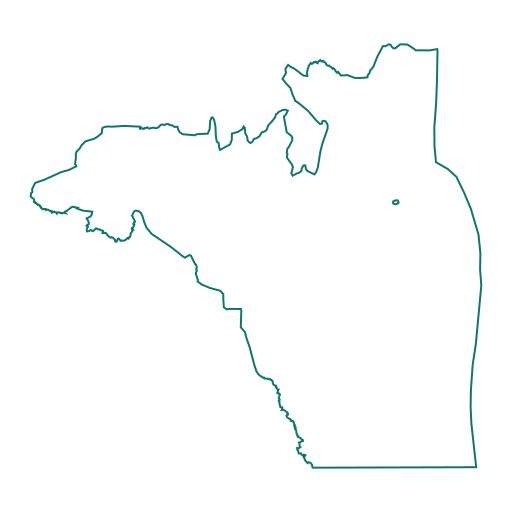 the district of Fizi, Sud-Kivu, Democratic Republic of the Congo
{"feature_id": "63176286B21708239892428", "entity_name": "Fizi", "entity_type": "district", "adm_level": 2, "iso_a3": "COD", "parent_name": "Democratic Republic of the Congo", "parent_adm1": "Sud-Kivu", "projection": "albers", "projection_center": [28.45, -4.276], "detail": "fine", "context": "isolated", "style": "outline", "palette": "teal", "viewbox_px": 512, "rotation_deg": 0, "n_neighbors": 0, "source": "geoboundaries", "source_scale": "gbopen_adm2", "svg_char_len": 5966}
<svg xmlns="http://www.w3.org/2000/svg" viewBox="0 0 512 512"><path d="M437.2,49.1L429.5,50.4L415.6,50.3L414.1,48.9L407.4,44.5L400.3,44.3L395.4,48.2L393.5,48.4L391.9,46.9L390.8,45.1L389.6,44.4L388.2,44.6L385.5,46.2L382.9,46.1L377.3,56.7L373.4,66.7L369.9,70.9L369.6,73.0L367.8,75.1L367.5,77.3L364.4,77.7L357.5,78.1L354.1,77.7L347.4,75.1L341.0,75.5L338.1,71.9L337.2,72.8L335.4,71.0L335.3,70.2L333.9,68.5L333.3,68.2L332.5,68.8L331.6,67.3L329.8,66.5L329.3,65.7L327.9,65.7L326.3,64.7L325.7,62.8L323.5,61.8L323.4,60.9L322.7,60.8L321.7,61.4L320.7,60.5L320.3,60.7L320.1,60.2L318.0,61.9L317.6,63.2L316.9,62.9L316.4,62.2L315.2,62.3L315.3,61.8L314.0,62.0L312.0,63.9L310.8,63.0L308.9,65.7L307.7,69.2L307.0,72.3L307.3,76.0L303.7,75.6L302.4,74.9L297.7,71.1L293.8,68.4L290.6,66.8L288.1,64.9L285.3,69.1L286.1,72.9L282.5,78.9L286.0,83.4L290.4,87.9L292.4,94.1L295.3,101.0L298.3,102.8L308.3,111.1L316.0,120.2L319.9,124.0L321.9,123.6L322.4,121.2L324.6,120.8L325.8,121.7L327.6,124.7L327.6,128.6L322.4,143.6L320.4,151.4L317.8,167.6L316.0,172.4L314.4,174.4L307.2,170.9L305.9,168.9L305.3,165.4L303.6,165.4L301.7,168.4L301.4,171.0L299.6,172.5L296.5,173.6L292.7,175.7L291.2,173.1L292.0,171.3L292.9,167.0L292.1,164.8L287.1,157.9L286.9,156.2L287.5,154.2L286.7,152.8L287.3,148.8L288.8,147.1L292.2,140.4L292.3,137.5L291.0,135.6L286.7,132.2L283.9,116.7L286.0,114.4L287.8,110.7L285.3,109.7L282.8,110.0L278.7,111.9L277.4,113.5L275.9,114.3L275.3,116.9L273.0,120.2L268.2,125.4L266.7,129.8L265.1,131.2L261.6,132.5L259.6,136.2L256.8,138.0L253.9,139.1L252.2,142.0L250.5,143.0L249.2,142.3L247.6,140.4L247.1,136.6L245.4,133.8L244.7,127.6L243.6,126.5L242.7,128.9L238.0,131.9L231.9,133.6L231.8,139.8L230.1,144.4L220.1,149.9L219.3,148.1L218.6,142.9L216.8,141.7L215.9,136.6L215.4,126.0L214.0,119.6L212.6,117.4L211.6,117.6L210.1,121.2L209.7,129.1L207.7,133.7L197.7,134.1L195.6,134.7L195.1,135.3L182.6,134.2L179.6,132.2L178.3,129.8L177.5,126.8L174.4,126.9L172.2,125.3L170.1,125.2L168.0,124.0L166.0,124.2L164.7,125.0L162.8,124.5L160.8,124.8L158.6,127.1L156.8,128.1L155.3,128.2L153.2,127.6L149.2,128.6L147.0,127.3L145.9,128.1L144.9,128.0L144.0,128.7L143.2,128.5L143.2,128.8L141.1,127.9L140.8,128.6L140.2,128.9L139.8,128.3L140.3,126.7L124.4,125.9L112.3,126.7L107.4,126.5L104.0,127.1L102.3,128.2L101.7,133.3L97.5,136.7L94.1,138.8L85.5,141.3L81.4,145.4L79.8,148.3L76.3,152.1L75.7,154.7L76.0,157.1L75.1,163.9L76.3,166.3L69.1,169.9L61.2,172.1L44.4,179.7L35.2,182.9L32.1,189.1L32.4,192.1L31.0,193.3L30.7,196.7L34.0,199.2L34.1,201.9L34.4,201.9L34.2,202.3L35.4,203.0L36.2,202.9L36.3,203.6L37.9,204.4L37.5,204.5L37.6,204.8L38.9,204.9L39.9,205.7L39.9,206.4L41.2,207.1L41.1,208.0L41.7,208.6L42.6,208.8L43.1,209.4L43.8,209.0L45.7,209.0L46.0,210.0L46.8,209.6L48.3,209.8L49.5,210.8L50.9,210.8L51.7,212.6L52.7,211.6L53.0,212.1L54.2,211.7L54.5,212.2L56.4,212.3L57.0,213.5L57.5,212.5L58.5,212.3L60.0,212.6L60.3,213.1L60.8,212.9L61.5,213.2L61.9,212.9L62.8,213.3L63.6,212.7L65.2,213.1L64.8,212.7L65.0,211.6L65.6,211.4L65.6,211.7L72.3,206.7L77.7,207.8L77.0,208.5L82.8,210.6L92.3,211.7L91.5,215.0L90.4,216.6L86.6,218.4L88.3,221.1L88.9,223.4L88.7,224.3L87.0,225.1L86.5,225.7L88.0,226.8L87.0,228.3L86.7,229.6L87.0,231.4L88.9,231.1L90.8,229.9L92.6,231.2L93.1,231.2L96.0,228.4L96.6,228.4L97.7,229.4L99.4,229.3L100.8,230.3L102.1,230.4L103.2,231.0L102.5,233.0L105.7,232.9L107.3,234.7L107.5,235.4L108.8,236.5L110.6,237.7L111.8,237.2L112.6,237.5L114.9,239.6L115.2,241.5L115.8,241.8L116.8,241.5L117.7,239.0L118.2,238.5L119.1,238.8L120.2,240.4L121.0,240.9L121.4,240.5L123.8,240.7L125.3,240.1L127.3,238.1L128.0,237.8L127.9,238.2L128.4,238.5L128.5,237.9L129.6,237.5L130.5,235.5L130.7,233.2L132.3,231.4L132.1,229.9L133.1,229.8L132.7,228.9L131.9,228.5L132.3,227.7L132.8,227.7L133.4,227.1L134.2,225.0L134.3,224.6L133.5,224.6L133.3,223.8L133.9,222.5L135.1,221.7L132.1,215.6L133.9,211.8L135.3,210.7L136.6,210.7L138.8,211.3L140.8,212.8L142.3,215.7L144.3,222.3L146.5,227.7L151.6,233.9L170.3,246.5L182.5,256.1L184.9,257.7L189.2,255.1L190.8,255.5L195.0,263.9L196.1,264.6L196.8,267.8L196.2,269.1L196.9,270.6L195.8,272.9L196.3,275.3L197.9,280.1L197.6,281.4L201.7,284.5L210.0,288.0L220.1,290.7L223.3,294.1L223.3,299.6L223.9,307.4L226.6,309.3L229.4,308.9L240.9,309.0L241.3,310.2L240.8,327.3L245.0,332.2L246.3,337.5L249.7,347.4L254.1,364.2L256.5,371.5L258.4,374.2L260.0,375.7L263.2,377.7L264.0,377.6L264.4,378.5L267.6,378.6L268.1,379.2L270.4,379.2L270.7,379.9L271.4,379.9L272.7,381.3L272.6,382.4L273.2,384.1L274.3,385.3L275.8,385.6L275.8,386.9L276.5,387.1L276.7,388.6L277.9,389.6L278.5,389.6L277.2,392.8L278.3,393.6L278.8,393.3L280.0,394.4L278.7,398.0L279.6,399.5L279.4,400.5L279.0,400.4L278.8,400.7L278.9,401.4L279.4,401.9L279.7,404.9L280.3,405.9L280.2,406.9L281.2,407.4L282.1,407.3L282.4,408.1L281.7,409.9L282.5,409.7L284.2,410.2L287.7,412.8L287.7,413.7L288.1,414.3L287.8,414.7L287.1,414.5L286.7,415.2L286.5,415.8L286.9,416.9L288.5,418.4L290.3,419.2L291.2,420.0L290.8,420.9L293.1,421.2L293.2,421.9L293.8,422.3L293.9,424.0L294.9,425.2L294.2,425.9L294.6,426.9L295.1,427.0L295.0,428.0L295.7,428.2L295.1,429.0L296.3,430.6L296.4,433.1L297.6,435.3L297.3,435.5L297.5,436.1L298.2,436.6L298.1,437.0L300.6,438.1L301.6,439.3L302.7,440.0L302.5,440.3L302.9,441.0L301.0,441.6L299.6,442.7L299.0,442.7L299.5,443.7L299.5,445.5L300.0,446.9L300.3,447.1L298.6,448.3L298.0,448.1L297.7,448.9L297.2,448.5L297.2,449.5L297.9,450.5L298.8,453.5L300.8,453.3L301.6,454.8L303.1,455.3L303.8,455.2L303.9,454.7L305.1,454.9L305.4,455.2L304.9,455.5L304.6,456.5L303.6,457.0L304.7,458.9L305.0,460.1L307.5,463.1L308.6,462.2L310.6,462.9L312.2,465.1L312.4,467.2L312.8,467.7L476.2,467.2L471.4,423.9L470.6,406.8L470.9,390.0L472.7,364.6L475.8,344.3L481.3,285.6L480.1,269.9L480.4,253.4L478.5,234.7L470.9,208.9L464.1,192.7L456.4,176.8L447.8,169.0L436.0,162.2L434.5,146.6L434.3,127.6L436.1,103.9L437.0,80.2L437.5,50.5L437.2,49.1ZM393.5,201.2L395.7,200.3L397.6,200.4L398.5,201.9L398.3,203.2L395.6,204.3L393.5,203.7L392.9,202.5L393.0,201.8L393.5,201.2Z" fill="none" stroke="#0f766e" stroke-width="2"/></svg>